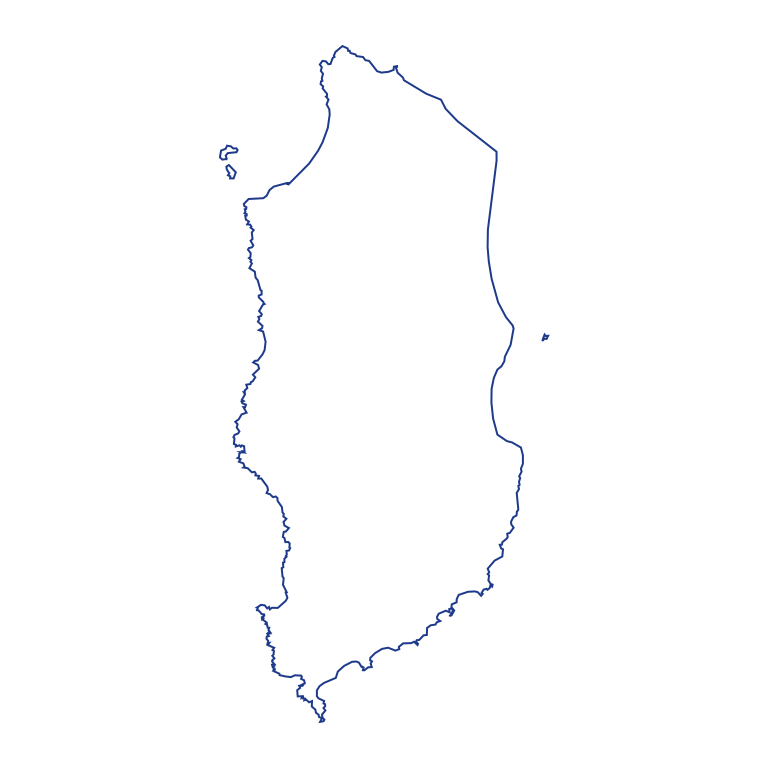 outline of King Island, Tasmania, Australia
{"feature_id": "25037944B96070195853153", "entity_name": "King Island", "entity_type": "district", "adm_level": 2, "iso_a3": "AUS", "parent_name": "Australia", "parent_adm1": "Tasmania", "projection": "robinson", "projection_center": [143.932, -39.872], "detail": "fine", "context": "isolated", "style": "outline", "palette": "blue", "viewbox_px": 768, "rotation_deg": 0, "n_neighbors": 0, "source": "geoboundaries", "source_scale": "gbopen_adm2", "svg_char_len": 6074}
<svg xmlns="http://www.w3.org/2000/svg" viewBox="0 0 768 768"><path d="M252.0,247.3L248.8,248.1L248.0,249.7L250.7,253.1L250.4,257.0L248.9,258.1L251.4,260.1L250.4,261.7L251.9,263.4L249.4,268.2L254.8,271.6L255.6,277.6L257.7,280.2L260.5,290.1L261.6,290.7L261.6,294.5L258.7,295.6L258.8,297.4L263.5,302.1L263.5,304.1L264.1,303.7L264.5,304.0L262.9,304.7L259.1,311.1L261.8,314.3L261.1,316.0L258.3,316.9L259.4,319.0L257.9,321.6L262.5,325.9L262.1,328.2L258.9,330.1L263.1,331.5L265.6,341.7L264.6,350.1L262.5,354.4L257.6,360.6L254.9,360.8L253.2,362.4L258.1,365.0L259.1,368.7L252.9,374.6L255.3,377.3L252.6,381.4L250.9,382.1L250.4,384.0L246.3,384.7L247.3,388.1L244.7,390.5L244.8,392.3L243.8,392.2L245.0,394.4L241.8,399.9L243.6,401.0L241.6,401.7L242.4,403.3L246.0,404.7L245.1,407.2L243.4,407.1L246.6,412.7L241.6,414.4L238.8,419.2L235.3,421.8L237.6,424.2L236.7,427.5L239.4,431.4L238.1,433.5L234.6,434.9L233.4,437.2L234.5,438.3L233.9,444.0L236.0,444.8L235.8,446.5L239.5,445.3L240.8,446.7L241.9,445.4L244.1,446.2L244.5,451.1L242.8,451.2L244.3,452.5L240.1,452.2L240.7,452.6L239.2,453.9L239.1,456.9L237.6,458.0L240.6,459.2L238.9,461.7L243.4,463.4L244.6,466.6L243.4,467.5L247.7,468.2L251.8,472.3L254.6,471.8L255.8,473.5L255.4,475.4L259.0,475.9L258.2,478.5L261.3,478.5L267.3,486.7L268.0,490.0L266.6,493.1L270.1,494.3L272.9,497.1L275.8,496.5L277.5,498.2L277.5,500.7L281.9,507.1L282.5,512.4L283.8,514.0L283.3,516.4L286.4,518.8L283.5,522.0L284.5,525.6L288.9,528.0L285.8,531.6L283.8,531.8L282.8,536.9L284.5,538.1L285.4,542.1L288.3,542.0L289.7,543.5L289.4,547.5L290.2,548.1L289.0,550.5L286.4,550.9L286.8,554.6L285.7,556.1L286.5,556.8L284.4,558.8L284.4,562.2L283.0,562.7L283.3,567.3L281.7,568.1L282.5,576.5L283.7,578.2L283.0,584.8L286.7,592.2L285.7,592.5L287.4,597.8L285.8,600.8L277.8,607.9L271.9,607.8L269.8,609.4L269.0,607.0L267.2,608.4L264.7,605.3L260.9,604.9L257.0,607.5L257.9,607.7L257.0,610.2L258.7,610.5L261.8,614.1L264.1,614.4L264.3,615.7L262.2,617.0L263.2,617.9L261.9,618.2L262.1,619.4L263.0,618.7L263.0,619.8L266.5,622.4L265.7,623.5L267.2,623.4L266.3,623.7L265.6,624.9L266.9,624.0L267.7,627.7L269.2,627.8L268.5,630.1L270.2,632.3L268.7,632.2L267.9,633.2L268.8,633.6L267.4,633.8L268.8,636.1L266.8,636.5L266.5,638.8L268.3,641.0L267.5,643.6L269.2,643.1L267.8,645.1L274.2,647.8L272.5,650.0L273.9,650.9L273.6,654.4L272.3,655.8L274.4,658.3L271.7,660.7L272.7,660.2L272.1,661.5L274.5,664.3L272.0,664.7L272.6,666.6L273.9,666.5L273.0,667.6L274.2,668.7L273.8,668.5L273.2,668.9L274.0,668.8L273.4,670.3L274.7,669.9L274.3,671.4L279.4,673.7L279.6,675.1L285.1,676.4L290.9,677.1L294.9,675.3L301.1,675.6L301.9,676.8L301.1,678.9L304.1,680.3L304.8,683.3L301.3,685.0L303.0,685.1L302.5,685.9L299.3,685.9L300.1,687.9L297.2,690.2L297.7,696.4L302.1,696.2L301.7,697.8L303.1,696.9L303.2,698.5L304.9,698.6L304.4,700.2L306.1,699.6L309.1,702.3L312.0,701.1L311.8,706.5L315.4,709.7L315.9,712.7L318.6,714.7L319.0,717.0L321.2,717.9L322.4,717.2L322.0,714.6L325.4,710.5L323.5,708.0L325.2,706.2L325.1,704.2L323.5,703.5L324.1,701.0L318.4,698.3L316.9,696.2L316.9,690.3L319.6,686.1L324.0,682.9L335.8,677.9L337.8,671.6L344.1,665.9L352.1,661.8L356.4,661.5L359.0,662.7L361.5,666.8L362.6,666.2L362.1,666.9L363.6,667.4L362.9,670.2L364.4,670.3L368.2,667.3L371.7,667.1L370.7,663.4L372.0,661.4L370.1,660.3L370.3,657.9L375.1,653.1L382.0,648.9L388.1,647.7L395.4,650.6L399.3,649.1L398.8,646.9L403.1,643.4L411.3,643.1L414.0,641.7L417.5,645.0L418.0,643.8L416.0,641.6L416.7,640.2L419.3,639.9L423.6,635.3L426.8,635.0L427.1,627.9L430.7,625.3L435.6,624.5L436.6,622.4L440.2,621.0L437.5,619.2L436.9,617.2L438.7,613.7L445.8,610.7L449.6,612.3L449.2,609.1L451.7,608.3L452.9,610.9L450.6,615.2L449.1,615.9L451.5,615.4L454.2,610.5L451.5,607.3L451.7,604.4L456.6,602.3L456.7,599.1L458.7,594.9L467.9,591.8L474.9,591.4L477.8,592.2L481.1,595.8L482.7,593.9L481.6,592.9L483.6,589.6L486.6,588.8L487.5,589.8L489.8,587.9L490.3,585.6L492.1,586.7L492.6,584.6L490.7,584.0L488.4,580.4L489.1,575.4L487.7,574.1L489.2,572.4L487.7,568.7L494.6,560.6L502.3,556.5L503.0,549.3L501.2,548.5L499.8,544.8L501.9,544.6L502.4,542.2L506.8,538.5L507.7,537.1L507.2,533.7L509.8,532.9L513.6,527.7L511.2,524.2L511.1,521.6L513.3,517.2L516.5,515.5L516.9,511.5L517.9,510.5L518.3,509.2L516.7,492.9L519.0,489.0L518.3,486.0L519.6,484.9L519.0,481.8L520.2,478.0L519.1,476.4L521.6,471.6L520.9,468.9L522.9,463.8L522.9,455.2L520.9,447.5L512.0,442.4L506.9,441.1L497.4,434.6L493.1,418.5L491.4,402.4L491.6,388.9L493.8,378.0L497.4,369.6L501.5,366.2L504.3,361.3L504.9,356.7L510.6,344.9L513.6,328.5L512.6,325.4L506.0,317.2L498.1,302.3L491.6,278.7L488.8,261.4L487.6,247.4L487.9,229.5L496.6,160.5L496.5,151.7L457.6,121.3L445.7,108.9L441.0,99.7L426.2,93.7L404.0,80.3L402.9,77.5L397.6,72.7L396.0,67.9L397.2,66.7L397.1,66.1L393.9,66.7L393.6,69.9L388.6,71.8L381.5,72.6L377.1,71.2L369.1,60.9L365.4,60.2L363.0,57.0L356.5,56.1L355.6,54.5L350.5,53.0L349.6,50.7L348.2,50.9L347.6,48.4L342.4,46.1L335.4,52.0L333.9,55.7L334.5,56.9L332.7,57.9L330.5,64.0L328.3,64.2L326.0,61.4L322.5,60.9L319.8,64.5L321.8,67.2L320.8,70.9L323.0,73.7L321.8,78.3L322.4,80.9L321.0,81.4L320.6,84.2L323.1,86.3L322.7,88.5L327.0,93.8L327.1,96.1L326.0,96.6L328.5,99.6L326.6,104.4L329.3,109.3L329.7,114.5L327.8,127.9L322.6,142.2L318.0,150.9L309.1,163.6L288.5,184.4L287.5,184.1L288.3,183.0L287.0,183.0L273.7,186.6L269.5,190.1L266.7,195.7L263.3,198.2L248.6,199.0L243.8,204.0L244.3,206.0L246.4,207.2L246.2,208.9L244.8,209.2L245.4,211.4L244.5,213.2L246.6,213.9L246.7,215.5L245.2,215.7L245.9,219.6L248.9,221.5L247.2,224.4L250.2,224.7L251.4,226.7L250.6,227.6L253.7,230.1L251.8,232.5L252.5,239.1L250.6,240.7L253.3,245.4L252.0,247.3ZM219.9,157.3L222.4,159.6L226.2,159.0L226.2,160.0L226.7,158.7L225.7,155.6L227.8,153.1L236.5,152.2L237.6,150.0L236.3,148.3L233.3,148.5L231.0,146.4L227.1,145.7L225.7,148.8L221.1,150.5L219.9,157.3ZM235.8,172.3L228.9,165.0L226.4,166.6L226.8,169.5L229.3,173.3L228.0,175.3L230.3,176.3L230.1,178.4L233.6,178.4L235.8,172.3ZM544.6,334.6L543.5,337.3L542.3,341.0L544.5,338.7L546.6,338.9L548.1,335.8L545.6,336.0L544.6,334.6ZM323.6,721.2L324.4,719.7L322.3,717.5L320.1,721.9L323.6,721.2Z" fill="none" stroke="#1e3a8a" stroke-width="2"/></svg>